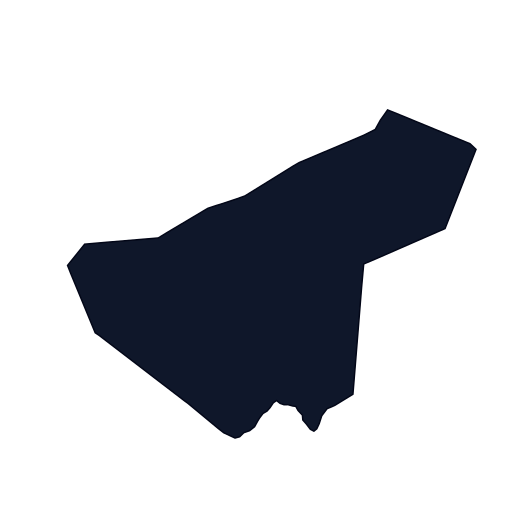 Belágua, Maranhão, Brazil (Equal Earth projection), rotated 198°
{"feature_id": "56859067B20132101746210", "entity_name": "Belágua", "entity_type": "district", "adm_level": 2, "iso_a3": "BRA", "parent_name": "Brazil", "parent_adm1": "Maranhão", "projection": "equal_earth", "projection_center": [-43.471, -3.111], "detail": "fine", "context": "isolated", "style": "filled", "palette": "ink", "viewbox_px": 512, "rotation_deg": 198, "n_neighbors": 0, "source": "geoboundaries", "source_scale": "gbopen_adm2", "svg_char_len": 1009}
<svg xmlns="http://www.w3.org/2000/svg" viewBox="0 0 512 512"><g transform="rotate(198 256 256)"><path d="M238.6,80.3L232.0,77.9L219.7,76.4L215.7,79.0L213.0,84.2L208.1,87.9L204.6,93.2L203.4,99.5L202.5,103.2L200.7,108.4L197.6,111.9L195.8,116.1L194.2,121.7L191.8,124.9L187.6,123.3L183.4,123.2L179.6,124.5L174.7,124.7L171.7,125.3L168.3,122.1L162.7,119.0L160.8,114.5L156.1,111.7L150.8,108.0L146.8,107.3L144.8,110.4L144.1,116.0L144.1,124.4L141.2,132.8L138.1,135.4L134.9,138.3L121.1,154.5L146.0,259.3L151.1,281.7L141.1,290.4L84.7,340.5L79.7,425.4L87.1,428.9L107.1,430.4L147.5,433.5L157.5,434.3L176.0,435.6L177.8,429.7L179.7,423.6L181.7,413.2L190.9,404.1L216.4,381.9L223.5,375.8L243.8,358.2L248.3,353.2L271.2,326.1L285.1,309.7L292.5,304.0L306.1,294.0L308.9,292.1L316.5,286.5L318.8,283.9L347.4,251.3L354.5,243.0L357.5,241.7L400.2,223.8L422.6,214.3L424.7,208.8L432.3,188.8L426.6,181.9L412.1,164.9L385.2,133.3L380.9,132.1L278.8,96.0L275.6,95.0L238.6,80.3Z" fill="#0f172a" stroke="#020617" stroke-width="1.5"/></g></svg>